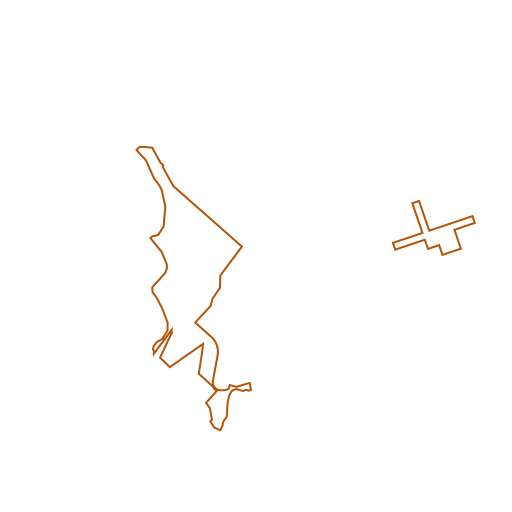 Weipa, Queensland, Australia (orthographic projection), rotated 307°
{"feature_id": "25037944B24701814738895", "entity_name": "Weipa", "entity_type": "district", "adm_level": 2, "iso_a3": "AUS", "parent_name": "Australia", "parent_adm1": "Queensland", "projection": "orthographic", "projection_center": [141.869, -12.645], "detail": "fine", "context": "isolated", "style": "outline", "palette": "amber", "viewbox_px": 512, "rotation_deg": 307, "n_neighbors": 0, "source": "geoboundaries", "source_scale": "gbopen_adm2", "svg_char_len": 2014}
<svg xmlns="http://www.w3.org/2000/svg" viewBox="0 0 512 512"><g transform="rotate(307 256 256)"><path d="M268.7,96.8L266.1,110.7L256.8,127.5L254.2,136.3L251.7,141.4L240.7,154.0L224.0,164.4L213.9,165.2L210.4,162.3L209.3,161.4L206.8,160.9L202.5,178.2L195.8,189.6L192.8,192.1L188.9,193.4L187.8,193.7L168.5,192.0L164.7,195.3L163.3,200.9L161.0,205.8L157.5,213.0L149.5,225.6L143.2,230.2L134.0,231.0L133.5,231.0L127.3,228.5L124.1,228.5L122.7,228.4L119.7,229.7L118.0,232.6L117.0,232.7L116.3,233.3L117.7,233.2L146.2,233.1L145.4,233.6L144.4,233.7L144.4,235.0L142.8,235.2L129.7,237.9L117.1,240.5L115.4,254.1L141.4,262.5L153.9,266.6L147.0,270.7L127.5,281.2L125.9,299.4L124.9,302.0L124.7,304.7L125.0,305.9L108.7,304.5L106.6,310.9L98.8,319.3L96.5,319.0L96.4,319.1L93.9,325.7L95.2,331.9L95.2,332.2L95.4,332.2L97.0,332.2L98.9,331.6L100.7,331.3L102.2,330.3L103.5,329.9L103.9,329.8L105.5,329.4L106.9,329.5L107.4,329.5L108.2,329.6L109.8,329.4L112.3,328.1L115.8,325.4L121.9,321.5L127.0,319.2L130.7,318.0L133.7,318.0L135.0,318.3L136.9,319.5L137.8,320.2L138.1,321.4L138.6,322.2L139.1,323.1L139.5,324.7L139.9,325.7L140.3,326.7L140.6,326.9L141.4,327.5L142.5,328.1L143.3,329.0L143.7,330.1L144.1,331.1L144.9,332.0L145.9,332.5L146.0,332.5L146.0,332.4L146.3,332.2L150.8,327.6L149.8,326.6L148.6,325.6L143.1,321.6L139.9,319.3L137.5,313.8L137.1,312.7L133.7,313.9L131.7,313.2L130.1,311.9L127.7,308.9L126.5,306.9L125.9,304.6L126.1,302.2L126.9,300.0L128.3,298.1L130.3,296.8L153.4,285.2L156.4,283.4L159.0,281.1L161.2,278.3L163.0,275.3L164.2,271.6L165.2,260.8L166.0,251.0L166.3,247.5L188.6,249.8L196.2,246.9L208.9,246.4L218.9,239.2L255.0,239.1L256.4,222.1L257.8,203.7L258.5,194.6L259.0,188.4L259.7,178.5L262.1,147.8L271.2,127.5L272.6,127.4L272.9,123.9L277.9,112.6L280.1,108.0L275.0,99.8L272.5,97.2L268.7,96.8ZM385.1,415.2L396.4,398.7L414.1,410.8L418.1,404.9L380.5,379.1L398.1,353.1L392.2,349.1L374.6,375.1L348.9,357.4L344.9,363.4L370.6,381.0L365.2,389.1L374.9,395.7L369.1,404.2L385.1,415.2Z" fill="none" stroke="#b45309" stroke-width="2"/></g></svg>